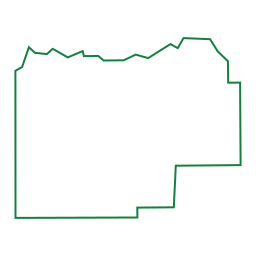 Menard, Illinois, United States of America
{"feature_id": "52423323B49653092104494", "entity_name": "Menard", "entity_type": "district", "adm_level": 2, "iso_a3": "USA", "parent_name": "United States of America", "parent_adm1": "Illinois", "projection": "equal_earth", "projection_center": [-89.78, 40.028], "detail": "fine", "context": "isolated", "style": "outline", "palette": "green", "viewbox_px": 256, "rotation_deg": 0, "n_neighbors": 0, "source": "geoboundaries", "source_scale": "gbopen_adm2", "svg_char_len": 441}
<svg xmlns="http://www.w3.org/2000/svg" viewBox="0 0 256 256"><path d="M227.9,61.2L217.8,51.5L210.1,39.2L183.5,38.1L177.8,48.1L170.4,44.1L148.2,58.1L135.7,54.6L123.8,60.3L103.6,60.5L98.3,56.0L83.9,56.1L82.7,51.1L67.8,57.4L52.7,48.8L46.9,54.1L34.9,52.8L28.9,47.2L22.1,67.0L15.4,70.8L15.5,217.9L137.4,217.5L137.3,207.6L173.8,207.3L175.8,165.7L240.6,165.1L240.1,82.6L228.2,82.7L227.9,61.2Z" fill="none" stroke="#15803d" stroke-width="2"/></svg>